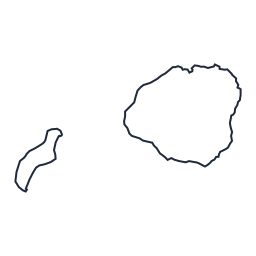 the district of Kauai, Hawaii, United States of America
{"feature_id": "52423323B55631926154060", "entity_name": "Kauai", "entity_type": "district", "adm_level": 2, "iso_a3": "USA", "parent_name": "United States of America", "parent_adm1": "Hawaii", "projection": "natural_earth1", "projection_center": [-159.682, 22.006], "detail": "fine", "context": "isolated", "style": "outline", "palette": "slate", "viewbox_px": 256, "rotation_deg": 0, "n_neighbors": 0, "source": "geoboundaries", "source_scale": "gbopen_adm2", "svg_char_len": 1656}
<svg xmlns="http://www.w3.org/2000/svg" viewBox="0 0 256 256"><path d="M124.1,121.3L124.4,124.4L127.4,128.1L129.4,133.5L131.9,135.9L139.7,138.4L143.0,140.6L152.2,142.7L154.1,145.8L156.7,148.2L159.8,153.2L165.4,157.5L167.6,159.9L169.0,159.2L171.3,158.1L174.4,159.7L178.8,161.0L185.6,162.3L189.1,161.1L193.4,161.9L197.7,162.7L204.9,166.5L207.5,165.0L210.2,162.8L211.6,161.0L214.4,159.6L216.2,156.9L218.3,156.8L218.5,156.8L219.0,154.2L220.2,151.8L223.0,150.5L226.1,148.9L228.0,147.5L230.2,143.4L232.0,140.9L231.1,135.8L232.1,132.0L231.4,129.9L230.6,127.0L229.9,123.1L230.9,118.0L231.0,117.4L231.3,115.5L233.2,114.6L234.7,112.5L235.1,108.6L237.3,105.1L238.1,101.9L239.8,100.2L240.6,95.2L240.6,89.2L239.2,88.3L237.5,87.6L238.3,84.9L236.0,81.2L236.1,78.4L232.3,75.0L231.5,73.6L227.3,69.4L224.5,69.7L219.6,68.9L219.5,66.7L214.9,64.5L213.9,66.4L210.8,67.2L208.0,68.0L203.9,66.6L201.1,66.8L198.4,65.9L194.7,65.4L191.7,68.3L192.5,69.7L192.3,71.3L189.4,72.6L187.7,69.6L184.7,69.2L182.7,69.7L181.6,67.6L178.0,66.2L175.5,67.1L172.8,67.1L165.6,73.2L161.2,75.7L156.9,79.1L150.4,82.8L147.1,83.9L143.5,85.0L140.7,87.2L137.6,90.5L135.8,96.2L134.2,102.4L125.1,111.5L125.1,116.3L124.1,121.3ZM16.5,172.0L15.4,181.5L18.8,187.0L22.8,190.3L25.7,191.5L26.9,189.6L25.8,188.8L29.5,179.5L33.0,172.6L36.1,167.6L39.4,165.4L44.9,164.2L50.9,162.0L55.6,158.8L55.3,154.7L54.0,150.1L55.7,142.3L58.7,136.3L59.3,135.8L59.9,136.2L60.9,135.9L61.8,135.2L61.9,134.3L60.4,130.7L57.2,128.8L51.5,129.3L47.6,131.0L45.4,140.1L44.7,141.2L44.2,142.2L41.9,144.1L34.7,148.5L29.4,151.1L26.4,154.3L25.8,155.6L23.8,158.0L20.2,160.8L19.8,161.6L16.5,172.0Z" fill="none" stroke="#1e293b" stroke-width="2"/></svg>